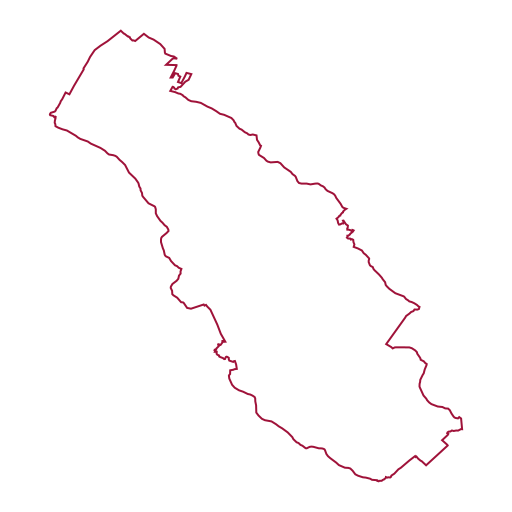 Dragotesti, Gorj, Romania
{"feature_id": "2599482B98369166749255", "entity_name": "Dragotesti", "entity_type": "district", "adm_level": 2, "iso_a3": "ROU", "parent_name": "Romania", "parent_adm1": "Gorj", "projection": "natural_earth1", "projection_center": [23.147, 44.809], "detail": "fine", "context": "isolated", "style": "outline", "palette": "rose", "viewbox_px": 512, "rotation_deg": 0, "n_neighbors": 0, "source": "geoboundaries", "source_scale": "gbopen_adm2", "svg_char_len": 6021}
<svg xmlns="http://www.w3.org/2000/svg" viewBox="0 0 512 512"><path d="M461.1,418.5L459.2,417.1L458.0,418.4L455.7,418.0L454.5,417.5L453.6,416.6L451.5,413.5L449.8,410.2L448.1,408.6L445.2,408.4L442.4,407.0L437.7,406.5L431.4,404.1L429.1,402.4L427.1,400.2L426.3,398.7L423.5,395.5L419.8,387.4L419.5,386.4L419.6,383.8L420.1,382.0L420.3,379.8L422.7,374.9L423.7,373.4L424.7,369.5L426.5,365.2L426.7,364.0L425.2,363.0L423.8,361.3L420.7,359.8L420.4,358.4L419.7,357.2L417.2,353.6L417.0,352.3L415.2,350.4L411.8,348.2L409.3,347.4L396.5,347.3L394.8,347.4L392.7,348.4L391.3,347.1L386.2,344.1L405.2,317.6L406.1,316.0L409.4,313.6L411.1,312.0L413.4,311.1L414.5,309.5L417.4,309.6L418.9,309.0L419.5,306.9L418.5,306.4L416.9,304.9L414.2,303.2L411.6,302.0L409.3,301.4L408.2,300.4L406.0,299.0L404.2,296.7L403.6,296.3L395.3,293.2L389.3,288.8L386.7,286.2L385.7,284.9L385.1,282.2L382.7,279.2L381.8,277.7L379.0,274.5L374.4,270.1L373.4,268.8L372.8,267.1L370.7,266.0L369.9,265.2L368.7,262.1L368.7,260.6L369.2,258.8L369.0,258.3L365.8,254.8L363.7,253.2L361.9,250.5L357.8,248.4L353.7,246.9L354.4,244.4L353.5,242.2L353.2,239.8L351.8,239.1L350.9,239.6L350.2,238.6L348.0,238.5L346.9,237.6L347.5,236.6L347.4,235.7L348.4,235.6L350.0,234.4L350.2,233.8L352.8,231.7L353.6,230.5L353.3,230.4L353.0,230.7L352.8,230.0L352.4,229.9L352.2,230.7L351.4,230.9L350.2,230.1L348.7,229.7L347.3,229.7L347.2,228.5L347.7,227.6L347.9,225.6L345.9,224.2L343.5,220.6L343.0,220.7L343.7,222.2L343.2,223.5L342.1,223.4L340.0,224.5L339.0,224.6L338.1,222.9L337.6,220.3L336.5,218.7L338.4,217.2L339.3,215.9L340.3,215.6L340.5,214.8L342.0,213.0L343.0,212.4L343.1,211.5L344.9,209.7L346.3,208.8L343.4,207.8L342.3,206.9L340.6,203.8L336.3,198.0L335.3,195.9L334.2,194.4L332.5,193.2L327.5,190.9L325.6,189.2L324.5,187.5L322.8,186.2L321.0,185.5L318.8,183.9L317.7,183.5L315.3,183.6L310.5,184.4L306.7,183.6L301.5,183.6L299.0,183.0L297.4,181.1L295.7,176.8L295.0,175.9L292.5,174.1L290.8,171.9L284.2,167.4L280.4,163.2L277.7,161.9L270.7,162.4L267.8,161.6L266.4,160.7L264.0,158.0L259.0,154.9L258.5,153.8L258.2,152.0L260.3,147.7L261.0,145.8L260.1,145.2L258.7,142.4L257.0,139.8L256.5,135.4L252.8,134.5L250.3,135.0L248.4,134.5L247.3,133.4L244.8,132.2L241.6,129.6L239.5,128.7L236.5,125.9L235.2,122.8L234.4,122.0L233.6,120.3L231.4,118.0L224.1,114.8L220.0,113.8L216.3,111.2L211.7,108.4L207.4,106.6L200.8,102.9L196.2,101.8L191.2,101.2L188.3,99.9L185.5,97.4L183.5,96.2L182.7,95.2L180.3,93.8L178.4,93.5L175.1,92.1L170.3,90.9L172.6,86.8L173.2,86.9L174.2,87.7L174.4,88.5L175.7,89.3L177.7,88.5L177.9,87.6L178.2,87.3L180.5,86.9L185.3,81.7L188.6,79.8L191.3,74.1L186.5,72.9L184.8,76.6L181.3,83.1L178.0,82.0L180.3,76.6L178.4,75.7L178.0,74.0L175.2,73.2L172.7,77.5L170.7,77.5L174.0,71.1L176.5,65.7L176.5,65.1L166.1,64.8L172.5,58.8L173.8,58.3L176.4,58.6L176.5,58.3L173.9,56.5L171.0,56.0L165.3,53.6L164.9,52.6L164.6,48.9L160.3,44.1L153.6,39.6L148.7,37.5L143.9,33.8L135.2,41.0L133.6,40.4L132.4,40.5L130.2,38.4L129.8,37.2L129.0,37.0L128.5,36.4L127.9,36.5L124.4,33.7L123.8,33.6L120.8,30.7L107.5,41.2L100.5,45.7L94.7,50.1L90.1,56.9L87.7,61.8L83.5,68.4L83.7,69.4L74.0,85.8L69.4,94.3L65.6,92.5L62.2,99.2L60.7,101.3L60.2,102.9L57.6,107.5L56.7,108.2L55.5,110.8L54.7,111.6L50.8,112.8L50.1,113.8L49.9,114.6L50.2,115.2L53.2,115.9L54.3,117.2L55.1,116.6L55.7,117.0L55.3,117.8L55.5,118.4L54.9,120.5L54.7,122.8L55.3,124.1L55.5,126.2L58.3,127.7L62.5,129.3L66.9,130.5L75.9,135.8L77.8,137.4L80.3,138.9L87.8,141.5L90.8,143.6L100.4,147.9L105.0,150.8L107.4,153.3L109.0,154.5L113.3,155.2L115.4,155.9L116.8,156.8L119.6,159.9L122.2,162.1L125.1,165.0L129.0,172.6L135.3,178.6L138.2,182.7L138.6,183.7L139.3,186.6L140.5,188.5L140.6,190.3L142.0,193.0L142.3,195.7L143.1,196.9L148.5,203.3L154.5,206.3L155.1,206.9L155.8,209.3L155.8,213.3L157.1,216.1L160.5,220.9L162.4,222.6L164.6,225.2L166.8,226.8L168.3,229.5L168.5,231.0L166.6,233.0L162.0,236.8L161.3,237.9L161.0,239.2L161.0,242.1L162.9,248.4L163.8,250.4L164.7,254.7L165.2,255.6L166.0,256.4L169.2,257.9L171.0,261.0L175.0,265.3L177.0,266.1L178.8,267.8L181.4,268.9L180.5,271.5L180.6,273.6L179.0,275.6L178.3,278.8L176.6,280.8L172.4,284.0L170.9,286.6L170.7,287.9L172.1,290.8L172.3,294.2L173.4,295.3L177.2,297.7L181.1,302.2L183.0,302.4L183.7,302.9L187.1,307.9L191.0,308.7L203.7,304.5L204.5,305.6L206.0,304.9L207.3,306.6L210.4,309.7L217.3,324.6L220.8,333.8L225.3,341.7L223.9,341.8L223.5,341.7L223.1,341.0L222.4,341.0L222.3,342.6L220.6,344.9L219.4,345.3L218.8,344.2L218.2,344.3L218.1,344.7L218.7,345.8L218.7,346.2L216.3,348.6L216.2,349.3L214.7,349.7L214.5,350.4L215.5,350.9L215.0,351.8L216.7,351.8L216.6,353.8L217.3,354.7L219.1,355.5L219.1,356.3L219.4,356.7L223.0,358.1L224.2,359.1L225.0,359.0L225.8,357.1L226.4,356.7L227.4,356.9L228.8,357.9L228.8,359.4L229.3,360.6L233.2,361.9L233.9,361.2L234.9,361.0L236.1,364.4L236.8,368.9L234.4,369.2L233.5,369.7L230.2,370.3L230.1,374.0L229.1,375.2L228.9,375.7L229.3,378.6L232.1,384.8L234.7,387.7L239.0,390.3L243.1,391.7L247.8,394.0L250.2,394.5L252.5,395.6L254.6,397.0L255.2,398.4L255.3,401.4L256.1,405.4L256.3,412.6L258.5,415.5L261.9,418.8L264.9,420.2L271.5,421.4L276.0,424.2L278.7,426.3L282.1,428.3L287.7,432.4L292.3,437.1L293.4,439.2L296.6,442.3L298.5,443.0L300.5,444.9L302.4,445.7L305.6,448.2L306.7,448.3L309.6,446.9L311.3,446.6L313.3,446.8L318.8,448.3L321.9,448.4L323.7,448.9L324.5,449.4L325.0,450.2L326.4,454.0L328.0,456.2L330.3,458.2L336.2,462.6L338.9,465.1L344.9,467.7L348.4,467.9L350.3,468.5L352.6,470.7L355.3,474.3L358.0,475.7L362.9,477.3L365.8,477.6L370.1,478.7L372.0,479.8L377.0,480.2L377.3,480.3L377.3,480.9L378.7,481.3L379.4,480.8L381.7,480.8L382.6,480.0L384.1,479.4L384.6,478.7L385.3,478.5L386.0,477.7L386.0,477.1L387.5,477.6L388.3,477.3L390.1,477.5L391.1,476.7L391.2,476.0L391.5,475.5L394.3,473.7L398.4,469.3L400.8,467.8L409.6,460.3L415.1,456.1L415.7,457.0L416.4,456.5L418.1,458.6L420.6,460.7L421.6,461.1L426.1,465.3L447.7,445.5L447.4,444.9L442.1,440.2L447.7,435.0L448.3,433.9L447.2,433.2L447.6,432.3L448.8,431.6L450.4,431.5L451.9,430.5L453.7,431.0L456.2,430.5L458.1,430.6L461.0,429.1L462.1,429.2L461.1,418.5Z" fill="none" stroke="#9f1239" stroke-width="2"/></svg>